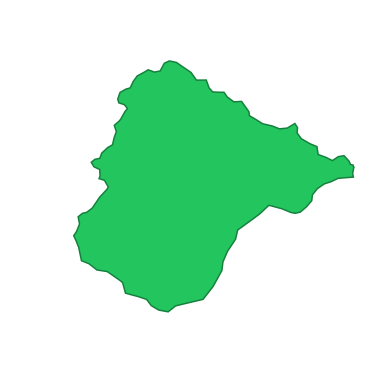 Eptagoneia, Limassol, Cyprus (orthographic projection), rotated 128°
{"feature_id": "46923920B90108910277465", "entity_name": "Eptagoneia", "entity_type": "district", "adm_level": 2, "iso_a3": "CYP", "parent_name": "Cyprus", "parent_adm1": "Limassol", "projection": "orthographic", "projection_center": [33.147, 34.845], "detail": "fine", "context": "isolated", "style": "filled", "palette": "green", "viewbox_px": 384, "rotation_deg": 128, "n_neighbors": 0, "source": "geoboundaries", "source_scale": "gbopen_adm2", "svg_char_len": 1645}
<svg xmlns="http://www.w3.org/2000/svg" viewBox="0 0 384 384"><g transform="rotate(128 192 192)"><path d="M71.6,81.6L72.7,84.1L71.0,87.2L69.8,94.6L74.1,98.5L80.8,100.7L82.3,108.0L84.8,115.7L79.3,121.5L81.3,128.6L82.7,138.6L80.8,145.5L76.3,148.5L74.7,153.1L83.0,156.3L88.4,162.0L90.6,169.5L94.7,178.3L95.5,186.1L96.5,193.6L93.7,196.6L93.0,198.8L91.9,202.7L90.1,208.7L91.2,210.0L95.2,214.5L95.4,222.9L93.7,228.2L96.3,231.5L100.4,237.3L99.4,242.7L95.0,249.7L101.1,257.4L98.4,266.3L99.1,277.0L99.5,284.1L102.0,289.2L102.7,290.6L107.6,293.1L116.2,291.6L120.6,295.4L122.7,301.8L126.7,303.3L134.2,306.6L141.1,306.4L148.0,304.8L151.6,307.4L154.2,308.5L157.9,310.0L164.5,307.7L166.8,304.6L164.8,299.0L166.0,294.3L170.2,294.3L178.6,293.0L181.3,293.1L187.3,294.3L191.0,288.8L197.4,286.7L203.7,283.7L208.9,285.8L216.9,287.1L222.2,285.4L226.0,288.6L230.6,289.7L232.5,284.8L231.1,278.6L236.0,274.3L238.7,273.5L236.7,268.1L239.6,261.0L242.7,260.7L252.9,261.6L258.2,261.2L266.2,260.7L269.9,261.7L272.9,262.5L276.2,265.2L281.6,266.5L286.5,260.9L294.2,258.7L299.3,258.3L302.0,252.9L303.9,249.8L305.3,247.3L314.2,236.8L312.0,229.2L312.0,219.0L306.9,209.8L306.0,193.5L306.2,190.8L312.7,182.1L307.5,169.9L304.6,161.6L306.6,154.2L306.2,150.7L305.5,145.5L302.0,138.7L301.1,137.0L291.8,134.8L280.4,125.7L269.8,117.2L253.5,117.2L235.5,120.1L228.0,124.6L216.9,127.5L202.4,128.6L193.8,132.6L179.3,128.4L167.8,125.2L155.1,123.2L149.8,110.7L147.3,101.6L145.3,97.6L141.2,94.3L133.3,92.7L125.1,92.3L120.0,95.4L112.0,95.2L104.3,92.8L98.0,88.6L91.3,85.3L80.9,74.0L78.5,76.8L73.9,79.2L72.8,79.6L72.8,80.0L71.6,81.6Z" fill="#22c55e" stroke="#15803d" stroke-width="1.5"/></g></svg>